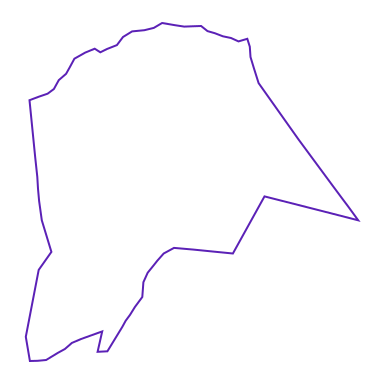 outline of Acarape, Ceará, Brazil
{"feature_id": "56859067B60781909044544", "entity_name": "Acarape", "entity_type": "district", "adm_level": 2, "iso_a3": "BRA", "parent_name": "Brazil", "parent_adm1": "Ceará", "projection": "robinson", "projection_center": [-38.665, -4.224], "detail": "fine", "context": "isolated", "style": "outline", "palette": "violet", "viewbox_px": 384, "rotation_deg": 0, "n_neighbors": 0, "source": "geoboundaries", "source_scale": "gbopen_adm2", "svg_char_len": 933}
<svg xmlns="http://www.w3.org/2000/svg" viewBox="0 0 384 384"><path d="M247.3,38.8L238.5,41.4L231.0,38.0L222.9,36.3L214.8,33.2L207.5,31.1L201.1,26.0L192.0,26.3L184.2,26.6L175.0,25.2L162.1,23.0L153.8,27.9L144.4,30.2L132.1,31.4L123.0,37.0L116.9,45.1L107.0,49.0L100.3,52.3L94.7,48.7L85.2,52.6L74.4,58.7L69.7,67.4L66.1,73.8L58.8,80.1L53.9,89.0L47.6,93.7L39.1,96.6L29.5,100.2L35.2,157.3L37.3,176.9L38.0,188.7L39.1,200.9L41.8,220.3L51.4,251.9L38.7,269.9L25.8,336.8L29.9,361.0L37.7,360.8L46.1,360.0L57.8,352.9L64.9,349.0L71.9,342.9L81.1,339.0L102.2,331.4L97.6,351.8L107.4,351.3L122.3,326.9L125.7,320.7L130.0,314.9L134.9,307.0L142.3,297.0L143.4,282.2L147.7,272.7L153.2,265.9L157.4,260.6L163.7,253.5L174.0,247.9L193.6,249.6L213.6,251.6L232.9,253.5L264.5,196.4L315.3,209.3L358.2,220.3L348.4,206.8L342.7,199.2L332.8,185.9L298.7,139.7L258.6,83.1L253.9,68.2L250.5,57.0L249.8,46.7L247.3,38.8Z" fill="none" stroke="#5b21b6" stroke-width="2"/></svg>